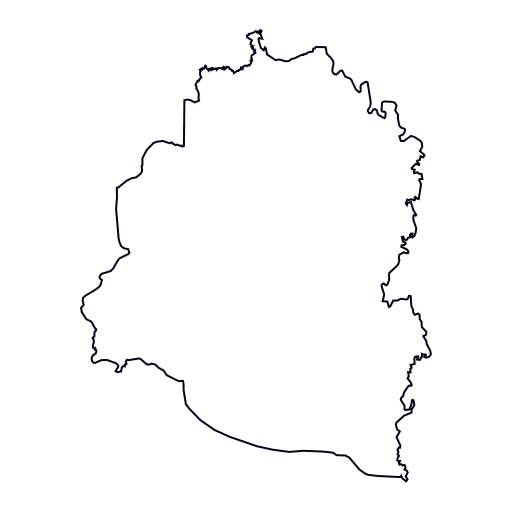 outline of Sang Khom, Udon Thani, Thailand
{"feature_id": "78962969B36388809671077", "entity_name": "Sang Khom", "entity_type": "district", "adm_level": 2, "iso_a3": "THA", "parent_name": "Thailand", "parent_adm1": "Udon Thani", "projection": "natural_earth1", "projection_center": [103.083, 17.794], "detail": "fine", "context": "isolated", "style": "outline", "palette": "ink", "viewbox_px": 512, "rotation_deg": 0, "n_neighbors": 0, "source": "geoboundaries", "source_scale": "gbopen_adm2", "svg_char_len": 5944}
<svg xmlns="http://www.w3.org/2000/svg" viewBox="0 0 512 512"><path d="M421.1,184.1L419.2,180.3L419.5,179.1L422.4,179.1L421.5,173.9L419.1,173.7L417.2,172.3L414.3,173.2L413.8,172.2L414.7,169.7L412.3,169.3L411.6,168.1L415.7,163.9L419.1,164.9L419.2,163.9L417.3,162.2L417.2,160.7L419.8,159.9L420.6,156.2L422.9,157.4L424.5,155.7L424.4,155.0L419.9,151.1L422.3,146.7L421.7,142.7L420.5,141.0L414.8,137.2L411.0,135.9L403.8,141.1L400.8,140.9L399.4,136.2L403.2,134.4L404.5,132.4L405.1,129.6L404.3,128.7L401.0,127.6L399.3,125.6L397.9,118.4L398.0,114.7L395.2,110.4L396.5,105.4L394.7,102.6L391.3,101.8L384.1,101.5L382.1,102.5L381.5,110.5L382.5,111.6L384.8,111.7L385.7,113.2L385.2,117.2L384.4,118.2L378.6,115.0L377.6,113.6L377.0,110.7L375.4,109.2L373.4,109.4L371.2,113.0L369.2,113.3L367.9,111.2L367.9,110.1L370.0,106.7L370.8,103.0L367.6,82.3L366.5,81.7L364.9,82.1L361.2,84.7L360.5,86.2L360.7,91.4L359.0,92.2L355.7,89.2L351.4,79.9L350.0,78.6L345.2,76.5L342.2,70.6L340.3,70.9L336.4,74.5L334.1,74.1L332.6,71.9L332.3,70.1L333.5,63.3L333.2,61.2L330.8,57.7L326.8,53.8L325.7,47.2L315.8,47.0L314.7,48.6L313.2,48.7L312.9,51.5L307.9,52.4L306.0,54.0L303.7,54.1L303.5,55.0L301.3,55.0L294.4,58.4L291.6,58.9L288.7,61.1L285.6,61.3L279.3,59.5L275.5,60.1L267.1,54.5L265.8,48.3L264.9,47.4L263.7,50.3L261.0,48.1L259.0,42.0L258.5,38.7L259.2,38.1L262.3,38.8L260.8,34.8L259.7,34.0L261.6,31.4L261.4,30.8L260.1,31.9L259.8,30.7L258.2,32.9L257.0,32.5L257.3,31.5L255.6,31.2L253.1,32.9L248.9,33.9L248.9,34.9L247.0,35.4L247.2,37.3L251.9,40.3L250.4,44.1L251.5,45.1L251.4,46.3L252.7,46.2L251.7,47.6L252.2,48.6L252.6,48.9L253.0,47.9L253.6,49.6L255.1,49.7L255.2,50.5L254.3,50.9L254.8,51.6L254.2,52.1L255.3,53.0L251.5,55.6L251.3,58.9L251.9,59.0L252.1,60.8L250.6,61.0L251.1,63.1L249.4,65.5L248.6,65.0L246.8,66.2L245.9,65.5L244.9,65.7L242.8,66.8L242.6,69.0L241.0,67.7L240.6,69.6L239.2,69.8L238.4,71.0L237.2,70.8L233.9,73.2L233.0,70.8L232.1,70.9L231.5,69.6L229.5,69.0L229.0,67.3L226.6,66.8L226.5,67.8L224.4,69.6L223.0,69.3L224.6,67.6L223.7,66.8L223.0,67.8L221.2,68.2L218.6,68.0L217.2,69.3L217.3,68.5L216.0,68.3L214.7,69.2L213.4,68.5L213.4,69.3L212.8,69.5L212.0,68.4L211.0,70.1L210.6,69.7L211.2,69.0L210.7,68.4L208.9,69.0L208.6,70.5L206.0,67.6L206.1,66.1L205.3,65.7L204.1,68.6L202.6,68.2L202.3,69.4L201.3,68.8L199.8,69.7L200.8,71.0L200.1,71.8L200.1,74.9L201.3,77.7L200.5,77.9L198.9,80.7L198.4,80.3L197.6,80.9L198.1,81.4L196.7,82.3L195.5,84.9L196.5,86.3L196.3,88.4L198.1,91.4L198.8,94.2L198.5,98.6L199.1,100.6L194.8,102.4L190.1,100.0L187.1,99.6L184.4,100.2L183.9,146.1L181.7,146.4L181.3,145.6L180.4,145.9L177.0,144.6L175.6,145.1L172.8,143.7L172.4,142.7L170.9,142.5L169.9,143.3L162.8,141.0L157.3,141.6L153.5,143.0L146.7,150.0L142.4,158.3L142.4,165.1L141.7,165.8L142.1,170.7L140.9,173.5L136.1,177.4L131.6,178.2L126.4,180.9L118.3,187.5L116.8,187.7L117.0,197.1L116.1,209.0L118.6,238.3L119.6,242.7L121.3,246.3L124.0,248.3L128.1,249.1L129.4,252.7L128.4,254.0L119.8,258.2L118.2,259.9L113.3,268.3L110.8,271.0L101.4,273.9L99.5,276.7L99.9,278.4L101.9,280.1L100.7,284.7L98.9,287.1L95.4,289.7L85.7,295.5L83.2,297.7L82.6,300.5L83.7,304.8L81.1,307.8L81.8,312.1L86.2,319.1L91.5,321.8L95.1,328.4L96.3,329.4L95.9,330.6L94.5,331.9L94.4,336.2L92.6,338.0L93.5,339.3L93.9,341.7L92.7,346.3L93.4,348.1L94.8,347.8L94.7,348.7L95.6,349.2L95.2,349.9L96.1,350.3L96.4,351.3L95.5,353.8L92.9,355.2L91.6,358.0L91.9,360.6L93.3,362.6L95.1,362.9L101.5,360.1L107.1,360.0L116.1,363.3L118.3,365.5L118.2,366.8L115.6,371.2L117.3,372.1L121.0,371.5L121.9,367.4L122.7,366.3L125.0,366.3L124.7,364.7L126.5,363.9L125.8,361.3L127.0,359.8L128.2,360.2L138.8,358.5L140.5,358.9L146.7,364.3L149.3,364.6L151.6,363.6L155.5,364.7L158.5,367.7L163.7,370.6L166.6,375.1L178.8,381.2L183.0,380.9L183.6,384.5L183.6,390.1L185.9,404.2L189.4,408.8L200.3,420.1L214.6,430.0L230.1,437.0L256.8,446.2L272.7,449.7L289.2,451.9L303.6,450.8L323.5,451.6L333.1,452.7L336.7,455.2L345.3,455.5L349.3,457.6L359.6,469.7L365.6,473.9L368.5,474.9L378.3,476.0L400.2,477.1L401.2,475.7L402.4,478.4L406.2,481.3L407.5,479.4L405.8,476.4L407.7,472.4L406.6,470.5L404.5,469.4L405.5,467.8L405.0,465.6L404.2,464.9L402.7,465.5L400.9,464.1L399.4,464.6L398.9,463.0L400.0,461.0L397.8,460.9L397.1,460.2L397.8,457.5L399.0,455.9L397.6,454.1L398.4,452.1L397.5,449.5L398.8,447.6L400.0,447.7L400.4,445.6L396.5,437.2L399.8,431.5L397.2,429.5L395.8,424.7L396.4,422.7L404.0,415.7L411.5,412.6L411.6,409.5L414.4,405.1L413.5,400.3L412.4,399.9L411.8,400.7L411.5,404.1L409.5,409.4L405.3,410.0L404.4,408.9L404.6,405.9L400.7,399.7L401.3,397.7L403.1,396.3L404.1,392.3L408.0,386.6L409.5,385.5L411.1,385.9L411.7,385.0L410.7,382.4L407.5,378.3L408.8,376.3L408.1,372.1L410.5,372.4L410.3,368.7L411.7,367.7L410.6,365.0L414.7,363.8L414.3,358.8L415.1,356.7L418.0,356.3L418.4,357.2L417.1,358.5L417.1,359.6L419.9,359.9L422.1,356.0L421.9,353.9L423.5,354.6L425.6,354.4L425.9,355.4L424.3,356.9L426.0,357.7L428.7,357.0L430.3,355.4L430.9,353.5L429.7,349.5L426.8,344.2L426.3,340.9L423.3,336.4L423.5,335.7L425.5,335.3L426.2,334.1L426.3,331.7L421.9,327.2L421.5,321.6L419.6,319.0L419.7,315.0L418.1,313.5L414.7,314.8L413.3,312.4L412.8,309.1L411.3,305.9L410.7,296.2L409.0,295.8L407.8,298.8L406.6,299.5L400.7,298.8L397.3,300.6L393.2,300.6L390.3,306.3L388.9,307.0L387.3,301.6L382.7,301.2L384.2,294.5L381.5,285.9L381.9,284.4L383.8,283.5L385.9,285.4L387.4,284.6L389.1,280.3L389.1,273.2L398.0,264.8L399.4,260.6L398.8,258.2L399.3,254.7L403.7,252.4L406.8,253.3L408.4,252.7L408.1,250.9L406.6,249.3L401.3,246.8L401.6,245.3L404.5,244.9L405.8,243.5L405.1,242.4L403.0,241.5L401.8,237.0L403.1,236.6L404.4,239.4L406.1,240.1L407.3,239.4L408.1,237.6L410.1,237.3L410.0,235.0L410.9,233.6L412.5,233.6L412.0,236.4L412.4,237.4L414.4,236.1L415.7,232.5L416.3,228.3L413.4,220.0L413.3,216.2L413.9,215.2L415.7,215.6L416.2,214.9L413.4,210.3L410.9,202.0L407.5,203.0L406.9,205.0L405.9,203.4L407.2,199.6L408.6,200.1L411.3,199.3L414.4,200.4L415.1,199.6L414.5,197.5L415.5,196.9L417.2,198.7L418.7,199.1L421.1,184.1Z" fill="none" stroke="#020617" stroke-width="2"/></svg>